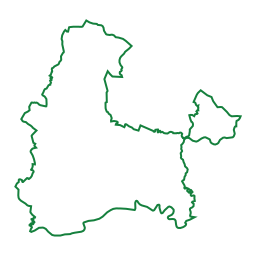 Ha Trung, Thanh Hóa, Vietnam (orthographic projection)
{"feature_id": "81297802B67206181597957", "entity_name": "Ha Trung", "entity_type": "district", "adm_level": 2, "iso_a3": "VNM", "parent_name": "Vietnam", "parent_adm1": "Thanh Hóa", "projection": "orthographic", "projection_center": [105.848, 20.055], "detail": "fine", "context": "isolated", "style": "outline", "palette": "green", "viewbox_px": 256, "rotation_deg": 0, "n_neighbors": 0, "source": "geoboundaries", "source_scale": "gbopen_adm2", "svg_char_len": 5830}
<svg xmlns="http://www.w3.org/2000/svg" viewBox="0 0 256 256"><path d="M131.6,46.0L125.8,40.9L123.0,38.9L118.6,37.6L115.7,37.2L114.0,35.4L112.6,34.8L111.2,34.7L109.8,35.0L107.0,34.6L106.1,34.2L104.0,30.7L103.5,27.7L102.6,26.1L101.3,25.3L97.8,24.9L96.8,23.9L93.1,23.6L89.5,22.4L86.3,20.5L82.6,26.5L81.8,26.8L73.6,26.7L69.8,27.1L69.1,27.3L68.1,31.6L67.0,31.6L65.3,30.0L64.0,31.6L62.2,35.3L61.6,39.0L62.4,41.2L62.3,44.5L63.8,51.3L63.7,52.4L62.9,53.0L61.0,56.3L61.2,59.8L60.6,60.8L59.4,62.0L58.8,63.8L58.3,64.4L54.3,66.5L53.3,67.7L52.0,68.3L51.8,69.2L52.2,71.2L51.8,71.7L51.9,72.1L51.5,72.6L50.9,74.5L49.7,75.7L51.3,76.6L52.2,77.5L52.1,77.8L50.8,77.7L50.5,78.0L50.5,78.5L51.6,79.8L51.5,80.1L50.4,80.3L50.1,80.6L51.0,82.8L50.3,83.7L50.3,84.7L48.6,85.2L46.6,88.5L44.8,89.2L44.1,90.4L43.3,92.5L42.2,94.4L42.6,95.3L44.5,96.4L45.2,97.2L46.4,99.1L46.6,104.3L46.3,106.3L45.9,106.4L40.4,105.2L39.0,104.5L38.3,103.6L36.7,102.6L35.3,102.8L34.6,102.5L33.3,102.8L31.9,102.5L31.4,102.7L29.2,106.8L29.6,110.2L27.8,111.6L24.8,113.1L21.3,119.1L22.7,121.2L23.7,121.7L25.9,122.1L28.0,124.0L30.7,125.6L32.3,127.0L32.6,127.6L36.5,130.5L32.2,134.9L31.6,135.9L33.4,142.8L35.3,143.8L34.4,145.3L34.5,145.9L36.1,147.7L33.0,148.4L32.1,149.0L31.0,150.3L30.6,151.2L30.7,152.0L32.7,155.5L34.0,159.2L34.9,163.1L34.9,164.4L32.6,164.1L32.7,166.3L32.2,168.1L31.1,169.7L31.3,170.0L32.7,170.2L33.6,171.3L33.5,172.1L32.7,173.2L31.7,176.1L30.6,177.6L28.9,179.0L28.4,178.9L27.8,178.1L27.0,178.1L23.0,182.0L22.6,182.0L22.2,181.6L22.1,180.4L21.8,180.0L20.0,179.3L19.2,179.4L18.8,179.9L18.7,182.1L16.9,183.5L15.4,186.6L18.5,189.6L18.3,195.4L18.6,197.8L19.2,199.0L20.9,200.7L25.5,203.6L27.2,205.2L28.4,205.8L31.1,206.2L30.4,211.8L30.5,212.4L32.2,214.7L35.1,217.1L34.9,217.6L34.1,217.5L33.6,217.9L33.4,219.5L32.1,218.9L31.5,219.1L31.5,219.5L32.5,220.1L32.5,221.2L34.2,221.7L34.4,222.2L33.9,222.7L33.3,223.9L32.2,223.2L31.5,223.2L30.8,223.6L29.5,225.0L29.6,225.4L29.9,225.4L31.0,224.6L31.8,224.7L30.7,226.1L31.8,227.0L31.9,227.5L30.9,229.0L30.1,231.2L31.3,231.9L34.6,230.6L39.0,227.8L42.7,227.6L43.7,227.8L45.8,228.9L48.2,231.7L52.2,235.0L54.5,235.5L60.5,235.5L64.8,234.4L70.1,234.1L72.0,233.3L74.8,232.7L81.4,231.7L83.4,230.8L84.3,229.7L84.7,228.7L84.8,227.5L83.4,223.6L83.6,222.7L84.0,222.4L88.5,220.9L94.0,220.3L99.4,218.7L102.7,216.6L107.2,212.3L110.7,210.1L113.2,208.9L116.2,208.4L120.7,208.5L126.1,208.8L134.7,210.0L135.0,209.6L135.4,208.3L135.2,202.9L135.8,201.2L136.5,200.8L137.3,201.1L138.7,203.2L140.0,204.5L141.8,205.4L147.1,206.9L152.6,210.5L153.5,210.5L154.2,210.1L157.5,205.0L158.9,204.7L159.5,205.3L159.5,207.9L160.7,212.1L161.3,213.2L161.7,213.3L162.6,213.0L164.7,210.2L168.4,206.8L169.5,206.5L171.4,207.3L173.6,209.6L173.7,211.2L173.2,213.1L171.8,214.8L168.4,216.4L167.9,217.2L167.9,217.9L168.6,218.9L169.3,219.2L172.9,219.0L174.4,219.3L175.0,219.8L175.6,220.7L176.1,224.7L176.6,226.6L177.3,227.4L178.1,227.9L180.3,228.0L182.9,227.2L184.5,226.3L185.5,225.5L186.0,224.7L186.1,223.9L185.2,222.8L186.3,220.9L189.8,219.7L194.6,217.2L190.4,216.5L190.1,215.5L190.7,213.3L190.7,212.0L189.9,209.6L190.0,208.8L190.5,208.2L192.2,207.4L193.5,206.2L193.7,203.9L192.0,202.4L192.4,201.7L194.8,201.0L194.4,198.5L194.5,196.0L193.8,195.4L191.4,195.9L190.8,195.3L190.7,193.8L192.5,192.0L191.0,190.0L190.7,189.9L190.2,190.4L189.8,192.5L189.1,192.7L187.2,190.9L187.3,189.9L188.8,189.4L188.9,189.0L188.7,188.8L186.3,187.8L185.0,188.6L184.3,187.9L184.8,186.6L184.4,185.3L182.1,181.3L182.6,180.6L183.8,180.0L184.1,179.5L184.6,176.7L185.6,175.3L185.7,173.4L187.1,172.2L187.7,169.4L187.0,168.1L185.1,166.4L184.6,164.1L183.6,162.0L183.0,159.7L181.4,158.6L180.9,157.7L181.2,156.3L180.7,153.2L182.1,151.1L182.0,150.6L181.2,149.0L181.5,147.2L181.2,145.1L182.6,143.7L183.7,142.1L184.2,139.6L185.1,138.6L186.7,137.8L189.2,138.0L192.7,140.7L196.2,141.6L197.7,141.1L201.5,138.5L204.0,137.4L205.5,137.3L209.2,139.1L209.8,139.5L210.7,142.3L211.6,143.2L213.8,144.3L215.3,144.5L217.2,143.8L218.3,143.0L220.0,139.9L223.1,137.7L224.7,137.5L226.6,138.1L232.7,137.3L233.7,136.4L234.6,134.2L234.7,133.5L233.8,129.9L234.3,128.0L234.9,126.8L235.5,126.3L236.3,126.3L236.3,122.5L236.6,120.9L238.5,119.9L239.7,118.4L240.6,116.3L237.2,116.0L231.7,116.3L229.5,115.1L226.9,111.9L222.1,107.2L220.9,107.0L217.5,107.2L213.2,101.2L211.5,97.0L207.3,95.3L200.7,90.3L197.9,93.0L196.8,94.7L193.6,102.0L195.1,102.6L195.6,103.3L195.9,104.7L197.4,106.1L198.3,105.6L198.2,106.3L197.8,106.8L198.4,107.9L198.1,108.9L198.3,110.3L197.3,110.3L196.4,111.4L196.8,111.9L197.5,113.5L196.9,114.0L195.5,114.1L195.1,114.3L194.2,116.2L192.3,115.0L190.5,114.9L189.3,115.2L190.4,119.3L191.4,121.8L192.0,122.0L192.8,123.2L193.0,124.5L192.8,126.0L189.8,129.4L189.8,131.3L189.1,135.5L187.9,136.5L186.5,136.8L185.2,137.7L184.4,138.7L183.0,138.1L183.1,137.6L181.9,136.7L181.7,135.3L182.2,133.9L181.4,132.9L180.7,132.6L179.7,132.7L178.9,133.2L177.1,133.0L176.2,133.3L173.2,133.2L172.8,132.4L170.9,131.8L169.6,132.1L167.6,133.5L165.6,133.4L164.0,133.1L162.5,131.9L160.8,132.3L160.3,131.0L160.0,130.8L159.7,130.9L158.7,132.2L157.9,132.3L157.6,131.7L158.2,130.3L158.0,129.5L157.6,129.5L155.4,129.8L155.0,131.5L154.2,131.8L153.8,131.6L153.8,131.2L140.5,125.4L138.5,130.6L133.7,129.2L131.9,127.5L129.2,126.4L126.4,124.4L125.7,124.2L125.1,124.5L124.8,126.3L124.3,127.2L120.1,125.1L115.8,124.7L116.0,124.0L117.6,123.0L117.7,122.2L116.8,121.5L114.0,121.0L111.1,121.5L111.0,120.6L111.7,118.1L110.8,115.6L110.5,114.9L108.7,113.7L108.0,112.2L106.8,111.7L105.9,109.4L105.6,108.2L105.5,103.1L105.6,102.6L106.8,102.1L106.6,92.5L107.5,91.1L107.5,90.6L104.4,79.1L107.7,71.2L110.1,74.2L112.4,76.5L122.1,77.0L121.6,75.2L120.2,74.3L119.7,73.0L119.9,71.9L121.1,71.3L121.7,70.5L121.3,69.4L122.3,67.7L122.2,67.1L120.6,65.1L119.5,62.4L119.5,60.1L120.1,58.0L121.1,56.5L124.0,53.7L125.1,51.8L129.1,48.6L131.6,46.0Z" fill="none" stroke="#15803d" stroke-width="2"/></svg>